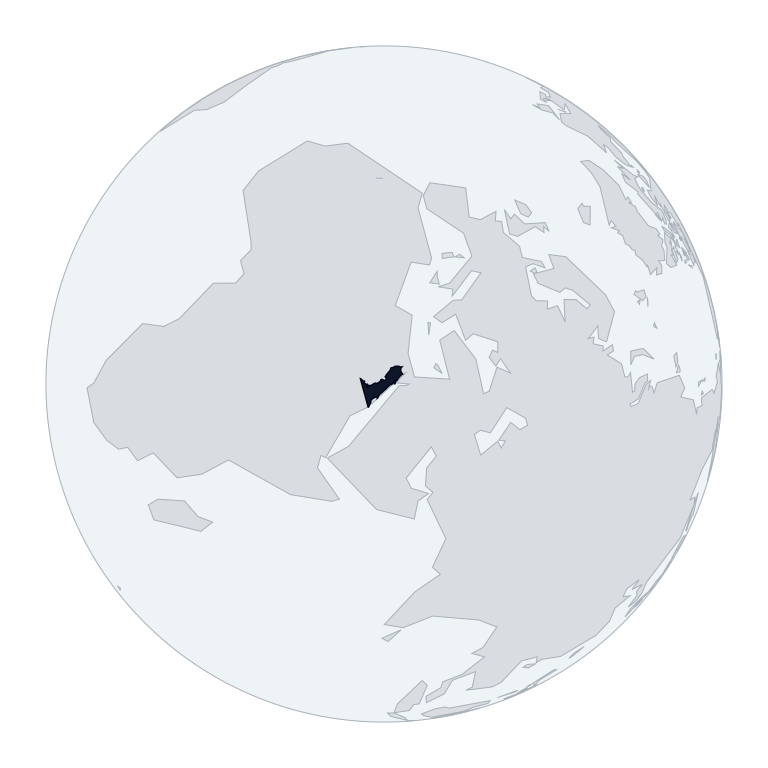 Al Bahr al Ahmar highlighted on a globe, orthographic projection, rotated 75°
{"feature_id": "EGY-1556", "entity_name": "Al Bahr al Ahmar", "entity_type": "Governorate", "adm_level": 1, "iso_a3": "EGY", "parent_name": "Egypt", "parent_adm1": "", "projection": "orthographic", "projection_center": [33.554, 25.647], "detail": "fine", "context": "on_globe", "style": "filled", "palette": "ink", "viewbox_px": 768, "rotation_deg": 75, "n_neighbors": 0, "source": "natural_earth", "source_scale": "10m", "svg_char_len": 14643}
<svg xmlns="http://www.w3.org/2000/svg" viewBox="0 0 768 768"><g transform="rotate(75 384 384)"><circle cx="384" cy="384" r="338" fill="#eef3f6" stroke="#a8b0b8"/><path d="M422.8,48.3L421.0,48.1L419.6,48.0L430.3,49.3L435.4,50.4L419.9,48.3L427.3,50.3L403.0,49.3L363.0,47.9L348.5,50.5L304.8,58.2L307.8,58.5L293.1,62.9L291.2,65.2L283.6,66.9L288.6,67.5L295.9,65.5L300.5,65.4L300.0,66.8L290.3,68.9L289.1,68.5L286.0,69.9L281.3,70.5L283.4,71.1L271.6,74.1L282.4,73.5L272.4,78.0L264.8,79.4L266.8,76.0L254.1,74.2L247.1,76.3L235.2,81.7L210.2,97.6L201.9,101.9L189.8,110.1L193.7,108.6L204.6,101.9L209.0,102.2L221.8,95.0L225.4,94.4L238.1,89.2L234.8,93.7L224.8,101.3L214.1,106.2L209.4,110.1L218.4,109.1L197.5,122.9L181.9,140.9L176.7,144.7L168.3,144.0L171.1,133.7L160.3,136.5L165.8,139.0L152.6,149.9L149.8,153.9L149.7,156.3L154.2,154.1L149.3,159.2L142.0,157.7L146.3,153.0L148.6,153.2L149.8,148.9L144.8,149.7L138.4,156.0L137.6,153.3L133.0,158.2L130.3,160.9L137.6,153.1L124.5,167.6L124.2,167.9L140.1,150.1L157.3,133.4L175.6,118.0L195.0,103.9L215.3,91.2L236.4,80.0L258.3,70.3L280.9,62.2L303.9,55.7L327.3,50.9L351.1,47.7L375.0,46.2L398.9,46.4L422.8,48.3ZM50.8,327.8L47.9,350.5L48.3,374.7L48.4,391.2L47.8,397.5L49.2,405.2L49.3,410.6L60.3,440.7L70.4,465.7L73.1,484.2L70.5,496.3L81.9,534.1L81.0,533.5L70.2,509.4L61.4,484.5L54.5,459.0L49.7,433.0L46.8,406.8L46.1,380.4L47.4,354.0L50.8,327.8ZM239.1,87.2L238.5,88.1L236.4,88.6L239.1,87.2ZM245.0,84.2L242.9,84.0L245.4,82.6L246.7,82.8L245.0,84.2ZM444.2,51.5L447.8,52.3L441.5,51.0L444.2,51.5ZM247.0,84.9L250.2,80.2L254.6,77.9L263.1,76.7L247.0,84.9ZM448.1,52.5L457.0,55.4L463.0,56.4L451.0,55.9L447.5,53.1L438.8,51.1L445.8,52.3L448.1,52.5ZM298.4,64.4L290.6,66.4L297.5,63.5L298.4,64.4ZM301.7,62.7L316.4,55.7L327.7,54.0L320.5,56.4L335.4,53.8L333.7,56.3L325.1,58.3L318.1,58.7L322.8,59.5L301.7,62.7ZM443.0,55.7L442.9,56.4L440.1,55.3L443.0,55.7ZM302.9,65.1L304.8,63.5L314.7,61.9L312.6,64.7L310.1,64.3L302.9,65.1ZM340.2,52.2L347.1,51.9L347.7,53.7L350.4,53.9L334.6,56.3L340.2,52.2ZM307.6,65.4L311.3,66.3L306.2,68.6L301.6,66.6L307.6,65.4ZM318.2,60.4L322.8,59.9L319.5,61.0L318.2,60.4ZM290.1,78.3L292.3,75.9L297.6,74.7L290.1,78.3ZM313.0,66.6L314.7,65.8L317.1,65.2L318.4,66.4L313.0,66.6ZM336.1,57.7L334.8,58.7L342.6,56.7L343.3,58.5L332.5,60.0L337.5,60.1L337.7,60.7L328.7,61.3L336.1,57.7ZM326.7,66.0L313.4,69.3L308.2,73.7L303.3,74.8L312.5,67.5L326.7,66.0ZM328.7,63.1L326.4,65.0L321.4,65.0L320.0,63.7L328.7,63.1ZM347.6,59.4L349.3,56.2L351.5,56.1L347.6,59.4ZM326.2,67.2L329.4,66.4L326.4,67.5L326.2,67.2ZM342.1,61.6L342.4,60.4L345.0,60.2L342.1,61.6ZM335.7,66.1L331.4,67.1L330.2,66.1L335.7,66.1ZM339.4,64.0L342.9,64.2L332.4,65.1L339.1,63.5L339.4,64.0ZM344.5,61.7L346.1,61.2L344.0,62.2L344.5,61.7ZM342.4,69.9L329.5,71.4L327.0,68.9L339.9,67.7L342.4,69.9ZM145.7,449.8L129.4,395.2L139.0,379.2L142.0,356.7L209.6,297.6L222.7,305.6L274.6,305.4L280.8,309.2L273.3,326.3L311.1,352.8L324.9,339.0L360.5,352.8L385.1,352.7L396.3,319.4L356.1,318.8L350.5,302.4L383.8,288.8L419.2,290.4L418.2,284.2L397.0,270.5L406.2,259.0L389.7,264.9L395.6,271.3L385.4,275.6L379.4,270.2L383.0,266.0L372.6,263.1L358.5,285.0L362.9,293.8L335.1,296.7L339.8,312.1L331.8,318.7L321.0,295.4L322.9,287.2L301.7,261.5L297.2,270.1L316.8,295.4L310.2,293.0L304.1,306.5L303.5,294.4L283.2,266.0L258.9,268.1L225.8,297.3L212.1,297.3L201.5,287.6L215.7,254.4L244.8,258.5L250.2,248.3L246.2,231.1L255.4,234.3L257.3,228.3L268.5,229.5L286.1,217.4L297.7,217.6L306.4,200.2L313.6,198.3L306.4,208.8L307.6,216.9L336.8,218.8L343.0,215.5L346.2,204.4L353.9,207.0L353.3,196.1L370.9,193.0L349.0,188.2L352.3,176.6L363.8,168.6L361.0,164.3L342.1,177.7L338.1,184.0L341.0,190.5L326.8,208.9L316.4,211.2L316.4,189.9L301.6,191.4L308.1,175.5L355.1,147.0L373.8,142.6L400.9,158.2L395.6,165.0L383.1,162.4L393.0,174.9L393.0,169.0L399.3,171.6L404.0,162.4L408.7,163.9L405.2,153.1L411.5,153.9L413.6,160.8L426.0,149.4L439.6,149.5L440.1,146.3L436.8,142.9L456.2,146.1L455.8,143.7L449.2,141.6L444.1,135.7L442.5,127.0L449.3,128.5L450.8,131.9L464.1,141.9L467.0,151.5L469.7,151.3L468.7,143.5L452.5,131.1L449.6,125.5L458.2,130.4L454.8,128.1L455.5,125.9L462.6,125.4L453.5,119.8L452.0,96.6L465.5,94.5L473.3,100.7L479.4,89.3L494.2,89.9L488.1,87.7L487.0,82.1L482.3,81.7L479.3,80.4L474.2,68.4L478.3,67.6L469.3,61.9L466.1,61.1L462.6,61.2L451.0,55.9L463.0,56.4L469.5,58.2L472.6,58.1L486.9,62.6L500.1,67.0L514.0,73.4L523.3,77.1L523.4,76.8L536.1,82.4L561.8,96.8L540.4,86.3L501.7,69.5L517.5,75.9L513.7,75.2L519.3,78.2L530.4,83.3L531.8,83.3L548.7,98.7L575.2,118.3L573.7,112.9L581.0,115.8L609.8,138.2L643.2,181.4L653.2,189.5L659.2,197.4L662.5,205.8L653.8,194.4L649.8,193.7L644.4,186.5L646.7,197.7L639.1,188.1L644.6,202.3L651.4,208.2L652.2,201.2L660.3,218.9L671.4,227.5L681.6,244.1L692.8,284.0L690.8,303.0L692.6,309.2L687.2,306.5L687.0,322.8L702.6,348.2L704.6,357.9L701.0,384.1L699.7,377.2L685.5,370.0L687.9,394.6L698.9,405.9L702.8,425.5L696.6,424.4L692.0,407.6L686.9,404.4L684.7,383.7L673.6,357.5L667.0,368.8L664.1,356.6L647.9,337.9L636.5,353.5L620.8,396.9L624.3,428.6L616.4,446.0L592.7,407.8L582.4,378.8L573.6,384.7L549.4,364.2L507.0,372.2L501.2,364.9L493.2,370.3L476.2,364.6L467.3,352.2L456.9,354.5L480.6,386.9L491.8,384.6L501.3,369.3L505.8,381.4L522.3,389.7L503.4,423.6L440.9,457.9L435.1,434.4L389.6,369.8L391.2,362.1L391.0,361.2L390.5,359.7L385.9,372.2L378.2,359.2L402.1,405.3L405.9,425.0L440.0,459.4L436.7,463.4L447.8,470.0L483.7,456.9L483.8,464.8L466.6,503.0L417.1,553.9L424.0,583.5L421.0,608.1L390.8,624.7L394.3,641.9L378.8,648.0L378.3,657.2L366.4,666.5L346.1,674.3L310.8,671.8L307.9,664.0L289.3,646.3L263.2,601.4L271.4,582.0L268.0,565.0L242.5,522.7L248.1,501.3L241.4,490.7L227.6,490.6L220.0,477.6L211.7,475.6L160.6,470.0L145.7,449.8ZM185.1,331.9L182.9,338.5L185.1,331.9ZM456.2,309.8L477.7,309.0L468.7,289.0L476.2,287.3L470.4,281.5L468.0,287.6L453.9,271.5L463.3,264.7L461.1,256.0L453.8,256.0L438.6,271.5L458.7,294.0L453.5,303.0L456.2,309.8ZM53.4,314.0L52.3,319.3L52.5,318.2L53.4,314.0ZM153.0,149.9L153.4,150.2L152.2,153.5L150.6,153.6L153.0,149.9ZM160.4,160.3L152.5,168.4L157.0,162.3L153.1,163.5L157.8,152.9L174.3,146.1L165.9,150.7L160.4,160.3ZM168.6,138.1L163.7,144.8L168.4,137.8L168.6,138.1ZM256.9,197.0L260.1,201.5L254.9,207.8L240.1,210.1L247.5,200.7L256.9,197.0ZM265.8,206.7L269.9,186.4L279.2,185.0L273.3,189.1L279.1,190.2L271.1,197.2L276.0,216.8L271.7,223.8L246.8,222.6L257.3,218.7L253.6,214.1L265.8,206.7ZM263.9,145.2L265.8,138.7L283.6,143.8L279.8,149.5L264.8,151.4L260.6,145.9L263.9,145.2ZM261.3,84.6L260.9,83.4L263.6,82.6L266.1,83.0L261.3,84.6ZM290.7,77.3L265.9,89.8L264.2,88.8L251.8,98.5L242.4,99.9L250.7,93.3L234.2,102.3L238.0,97.0L227.3,103.6L246.9,88.9L249.6,85.2L250.1,88.6L258.7,87.2L263.2,85.6L278.1,78.4L288.2,70.8L298.3,69.1L302.8,69.9L301.9,71.4L295.6,71.9L298.9,73.7L289.1,75.6L290.7,77.3ZM349.2,92.6L342.3,90.4L347.3,98.3L337.6,98.6L338.8,99.6L331.2,102.3L324.0,107.5L319.8,106.9L318.8,109.3L313.8,111.4L311.0,114.6L302.5,115.0L298.4,119.1L296.7,117.0L292.0,124.1L291.7,119.2L285.1,122.1L288.9,125.4L249.5,124.3L233.3,129.2L219.9,136.4L221.1,128.1L234.4,116.5L253.1,105.6L268.6,102.7L266.3,100.0L273.1,98.0L272.0,101.0L277.6,95.3L282.9,94.7L299.5,87.7L304.4,81.0L310.6,78.7L311.3,81.0L317.0,77.2L322.6,80.2L327.2,78.9L337.3,81.0L336.0,87.0L341.3,85.0L349.2,87.1L349.2,92.6ZM345.0,70.5L345.8,76.6L340.8,80.1L325.3,75.2L320.4,76.0L310.3,73.9L317.7,69.2L319.9,70.1L323.8,70.0L319.9,71.5L325.9,70.2L329.2,71.7L334.7,71.2L333.4,73.2L345.0,70.5ZM288.8,303.4L293.8,304.7L301.8,304.7L298.1,313.6L288.8,303.4ZM274.5,284.1L279.2,283.6L277.9,295.2L272.8,294.2L274.5,284.1ZM282.9,273.8L279.6,282.6L278.3,277.3L282.9,273.8ZM310.8,208.0L315.9,207.2L316.0,209.8L312.7,213.5L310.8,208.0ZM362.2,119.4L359.0,116.8L360.8,115.7L360.2,108.5L367.4,108.2L370.5,112.4L362.2,119.4ZM388.9,325.2L381.2,331.6L377.7,328.5L381.1,326.8L388.9,325.2ZM337.0,323.2L348.4,328.1L335.9,325.6L337.0,323.2ZM369.9,117.9L368.8,114.8L373.1,116.6L369.9,117.9ZM372.6,107.7L377.8,109.1L368.2,107.3L372.6,107.7ZM513.3,691.4L514.7,692.2L509.8,693.8L513.3,691.4ZM478.9,599.0L455.7,641.4L439.7,643.0L436.8,632.0L445.3,607.0L463.9,598.0L473.1,585.3L478.9,599.0ZM716.1,445.1L717.0,441.3L715.4,449.0L716.1,445.1ZM715.2,448.1L707.0,463.3L702.7,465.7L704.6,459.0L711.4,450.5L715.2,448.1ZM704.2,459.4L696.6,454.0L680.3,423.8L686.3,420.2L702.1,432.8L701.3,438.1L705.9,444.1L704.2,459.4ZM719.3,409.7L718.3,424.1L714.5,431.6L712.4,433.3L711.0,418.7L711.8,408.4L713.9,405.5L717.3,363.5L719.4,366.4L719.4,382.7L720.8,390.8L719.3,409.7ZM625.9,431.1L633.8,446.7L629.0,451.9L625.9,431.1ZM715.4,337.9L716.3,355.7L714.5,334.1L715.4,337.9ZM712.4,319.1L714.0,325.3L712.1,321.1L712.4,319.1ZM695.6,318.1L693.7,323.0L692.0,318.5L693.5,309.8L695.6,318.1ZM689.3,258.6L695.3,271.6L697.0,276.7L693.2,270.3L689.3,258.6ZM429.7,116.8L422.5,126.6L422.1,134.8L429.3,140.6L416.1,137.2L416.7,124.5L429.7,116.8ZM448.5,98.6L442.1,94.5L446.8,94.2L449.0,95.1L448.5,98.6ZM443.3,97.6L431.9,96.8L429.5,93.2L439.0,94.5L443.3,97.6ZM400.8,105.9L398.2,108.6L394.8,106.9L400.8,105.9ZM721.9,388.6L721.5,399.3L721.4,403.3L721.0,409.5L721.2,404.5L719.8,421.3L719.5,423.2L720.3,411.1L721.2,392.7L721.5,383.8L721.8,374.9L721.8,376.4L721.3,391.3L721.5,398.2L721.9,388.2L721.9,388.6ZM720.1,349.7L718.8,342.3L719.1,350.0L716.9,327.7L718.8,338.3L720.1,349.7ZM716.5,328.6L717.0,335.6L715.4,323.3L716.5,328.6ZM716.2,332.7L714.5,325.4L715.0,323.9L716.2,332.7ZM716.6,327.3L713.7,313.7L715.4,320.0L716.6,327.3ZM710.0,309.6L713.8,316.6L711.7,318.3L704.1,294.2L704.4,290.6L710.0,309.6ZM664.5,199.2L660.2,193.7L658.4,189.7L661.9,194.6L664.5,199.2ZM648.7,174.3L656.6,187.0L662.2,198.5L663.9,199.4L671.3,211.4L665.0,204.3L655.9,188.6L652.9,182.0L645.7,172.9L639.4,164.1L630.4,154.7L625.4,149.1L632.6,155.9L648.7,174.3ZM626.5,151.0L608.5,134.2L608.3,132.2L612.2,135.3L620.5,143.7L620.2,144.2L626.5,151.0ZM604.1,129.8L603.5,130.4L575.9,112.6L570.0,108.5L590.9,119.6L591.5,121.0L598.4,126.2L604.1,129.8ZM446.5,56.9L443.2,56.4L445.3,56.2L446.5,56.9ZM476.8,80.4L473.1,78.5L475.7,77.9L476.8,80.4ZM464.2,73.2L463.9,75.2L461.4,72.4L464.2,73.2ZM463.6,79.9L462.4,75.6L467.6,80.8L463.6,79.9Z" fill="#d9dde1" stroke="#a8b0b8" stroke-width="1"/><path d="M402.2,405.3L372.7,405.4L372.9,405.1L373.0,405.0L373.2,404.9L373.3,404.8L374.4,404.3L374.5,404.2L374.7,403.9L374.8,403.9L375.1,403.8L375.5,403.6L375.7,403.4L375.8,403.3L376.1,402.3L376.2,402.1L376.3,402.0L376.5,402.1L376.8,402.3L377.0,402.6L377.4,402.7L377.7,402.8L378.0,402.7L378.3,402.7L378.5,402.5L378.7,402.4L378.8,402.2L379.5,401.5L379.7,401.3L379.8,401.2L379.8,400.9L379.8,400.5L380.0,400.3L380.0,400.1L380.3,400.1L380.6,400.4L380.8,400.5L381.4,400.5L381.5,400.5L381.8,400.6L382.2,401.1L382.6,401.3L382.8,401.3L382.8,401.1L382.6,400.3L382.3,400.1L382.3,399.9L382.2,399.8L381.8,399.7L381.4,399.5L381.3,399.4L381.3,399.2L381.5,399.0L381.6,398.7L381.8,398.5L381.9,398.4L382.1,397.9L382.2,397.7L382.1,397.4L381.9,397.1L381.8,396.5L381.8,396.2L381.9,395.9L381.9,395.6L381.9,395.3L381.9,395.2L381.7,395.0L381.5,394.8L381.4,394.7L381.2,394.2L381.1,393.9L380.9,392.8L380.9,392.4L381.0,391.9L381.6,391.1L381.7,390.8L381.7,390.6L381.2,389.4L381.1,389.1L381.1,388.3L381.0,388.0L380.9,387.6L380.7,387.3L380.5,387.0L379.5,386.2L379.3,386.1L379.2,385.9L379.1,385.7L379.0,385.3L379.0,384.9L379.2,384.5L379.2,384.4L379.6,384.0L380.1,383.6L380.2,383.4L380.3,383.3L380.6,382.7L380.7,382.3L380.7,382.1L380.6,381.6L380.6,381.4L380.5,381.2L380.4,381.1L380.2,380.8L380.0,380.6L379.8,380.5L379.4,380.4L379.1,380.4L378.6,380.4L377.6,380.9L377.4,381.0L376.8,380.2L376.7,380.0L376.6,379.8L376.1,379.7L375.7,379.5L375.7,379.4L375.5,379.1L375.4,378.9L375.3,378.6L375.0,378.0L374.9,377.8L374.7,377.6L373.8,376.9L373.3,375.7L373.2,375.5L372.8,375.1L372.4,374.8L372.3,374.7L372.2,374.4L372.1,374.2L371.9,374.0L371.5,373.9L371.0,373.7L370.6,373.4L370.4,373.2L370.3,372.8L370.4,372.2L370.5,371.7L370.5,371.4L370.4,371.3L370.3,370.7L370.2,370.1L370.1,369.7L369.9,369.1L369.8,368.8L369.8,368.5L369.8,368.3L369.8,368.2L370.0,367.8L370.3,367.3L370.3,367.2L370.5,365.7L370.7,365.2L370.8,365.0L371.1,364.6L371.4,364.1L371.6,363.9L371.8,363.6L372.2,362.9L372.2,362.6L372.2,362.4L372.5,362.8L372.7,363.0L372.8,363.2L372.9,363.3L373.1,363.5L373.3,363.7L373.4,363.8L375.3,364.4L375.5,364.5L376.2,364.4L376.7,364.4L378.4,363.7L378.6,363.6L378.8,363.5L379.4,363.5L379.3,363.8L379.2,363.9L379.2,364.0L379.2,364.4L379.5,364.7L379.5,364.9L379.6,365.1L379.8,365.4L380.0,365.4L380.1,365.5L380.5,366.7L380.8,366.9L380.9,367.1L381.0,367.2L381.2,367.4L381.3,367.7L381.4,367.8L381.6,368.0L381.7,368.3L381.8,368.4L381.9,368.6L382.2,368.9L382.2,369.0L382.4,369.1L382.4,369.3L382.5,369.3L382.8,369.6L382.9,369.8L383.0,369.8L383.2,370.0L383.4,370.0L383.8,370.4L383.9,370.6L384.0,370.7L384.1,371.0L384.2,371.4L384.0,371.2L383.7,371.0L383.6,371.3L383.8,371.5L384.0,371.5L383.9,371.8L384.0,371.9L384.1,372.0L383.9,372.0L383.7,372.2L383.8,372.3L384.1,372.7L384.0,372.9L384.3,373.0L384.5,373.3L384.6,373.5L384.7,373.9L384.7,374.0L384.9,374.2L385.1,374.3L385.3,374.4L385.4,374.5L385.5,374.6L385.5,374.9L385.4,375.0L385.5,375.1L385.5,375.3L385.7,375.5L385.8,375.7L385.9,375.8L385.9,376.1L386.0,376.3L386.3,376.6L386.4,376.9L386.3,377.0L386.2,377.0L386.1,376.9L386.1,377.0L386.1,377.4L386.1,377.5L386.0,377.9L386.0,378.1L386.3,378.2L386.4,378.3L386.5,378.5L386.7,378.9L386.9,379.4L387.2,379.9L387.3,380.1L387.7,381.1L388.0,381.4L388.2,381.9L388.6,382.5L389.0,383.2L389.3,383.5L389.7,384.4L389.8,384.7L389.9,385.0L390.0,385.3L390.3,385.7L390.5,386.0L390.6,386.3L390.7,386.5L391.4,387.8L391.5,388.1L391.7,388.3L391.7,388.7L391.8,388.9L392.1,389.2L392.2,389.3L392.3,389.9L392.5,390.2L392.6,390.3L392.5,390.6L392.8,390.8L393.0,391.3L393.8,391.8L393.9,392.0L394.1,392.5L394.4,393.0L394.5,393.0L394.4,392.8L394.5,392.8L394.8,393.0L395.0,393.2L395.0,393.3L395.0,393.5L395.4,393.6L395.7,393.7L395.8,393.7L395.9,393.8L396.0,394.1L395.8,394.0L395.5,394.1L395.3,394.1L395.0,394.0L394.9,394.0L394.8,393.9L394.6,393.8L394.4,393.9L394.4,394.1L394.4,394.4L394.4,394.8L394.4,395.0L394.5,395.0L394.6,395.5L394.5,396.3L394.5,396.6L394.7,396.9L394.8,397.2L394.8,397.3L394.8,397.6L395.0,398.3L395.2,398.7L395.4,399.1L395.5,399.6L395.6,399.9L395.9,400.2L396.0,400.3L395.8,399.9L396.0,400.0L396.1,400.5L396.3,400.7L396.5,400.9L396.7,401.1L397.0,401.2L397.1,401.3L397.5,401.3L398.0,401.4L398.4,401.5L398.5,401.6L398.8,401.9L398.9,402.0L398.9,402.3L399.0,402.4L399.4,402.7L399.5,402.8L399.5,402.7L399.7,402.8L399.6,403.0L400.1,403.4L400.4,403.6L400.7,403.8L401.2,404.3L401.4,404.3L401.5,404.2L401.6,404.3L401.8,404.6L402.1,404.8L402.3,404.9L402.3,405.1L402.2,405.3ZM386.3,373.0L386.5,373.1L386.5,373.3L386.4,373.2L386.2,373.1L385.9,373.1L385.9,372.9L386.0,372.9L386.3,373.0ZM386.1,377.3L386.4,377.6L386.1,377.3Z" fill="#0f172a" stroke="#020617" stroke-width="1.5"/></g></svg>